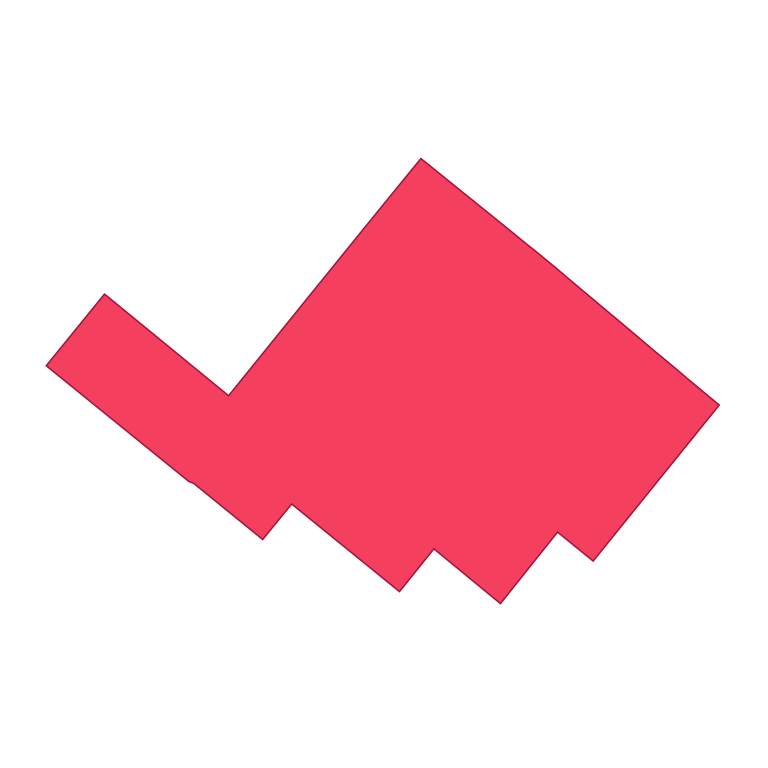 outline of Roosevelt, New Mexico, United States of America, rotated 309°
{"feature_id": "52423323B49332182234099", "entity_name": "Roosevelt", "entity_type": "district", "adm_level": 2, "iso_a3": "USA", "parent_name": "United States of America", "parent_adm1": "New Mexico", "projection": "mercator", "projection_center": [-103.277, 34.088], "detail": "fine", "context": "isolated", "style": "filled", "palette": "rose", "viewbox_px": 768, "rotation_deg": 309, "n_neighbors": 0, "source": "geoboundaries", "source_scale": "gbopen_adm2", "svg_char_len": 771}
<svg xmlns="http://www.w3.org/2000/svg" viewBox="0 0 768 768"><g transform="rotate(309 384 384)"><path d="M186.8,387.6L217.7,387.7L232.6,387.8L232.4,526.7L287.3,526.5L286.6,612.7L378.1,612.1L378.0,658.0L578.6,657.8L579.0,626.8L579.1,620.2L579.1,615.7L579.3,611.6L579.5,604.1L579.7,588.6L579.9,569.7L580.1,565.2L580.9,523.8L581.1,510.3L581.6,483.2L581.6,480.7L582.0,459.9L582.4,444.6L582.5,429.3L582.6,425.3L582.6,421.7L582.6,413.9L582.5,411.5L582.5,409.2L582.5,408.8L582.5,408.2L582.5,404.7L582.5,397.8L582.6,389.2L582.6,384.6L582.6,371.5L582.5,295.1L582.5,277.8L582.4,270.8L538.7,270.6L491.2,270.5L461.5,270.5L400.0,270.5L394.4,270.5L277.1,270.6L278.0,110.2L185.6,110.0L185.4,293.6L187.0,298.7L186.8,387.6Z" fill="#f43f5e" stroke="#9f1239" stroke-width="1.5"/></g></svg>